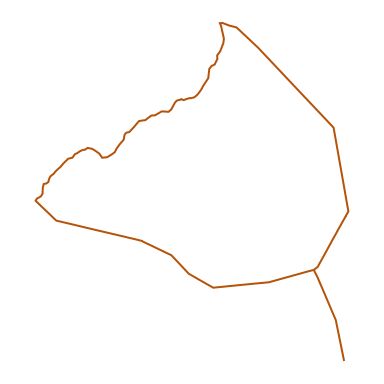 Shendi, River Nile, Sudan (Equal Earth projection)
{"feature_id": "16777658B52401836398535", "entity_name": "Shendi", "entity_type": "district", "adm_level": 2, "iso_a3": "SDN", "parent_name": "Sudan", "parent_adm1": "River Nile", "projection": "equal_earth", "projection_center": [33.672, 16.371], "detail": "fine", "context": "isolated", "style": "outline", "palette": "amber", "viewbox_px": 384, "rotation_deg": 0, "n_neighbors": 0, "source": "geoboundaries", "source_scale": "gbopen_adm2", "svg_char_len": 2859}
<svg xmlns="http://www.w3.org/2000/svg" viewBox="0 0 384 384"><path d="M219.9,23.2L221.0,25.7L223.3,35.9L223.9,38.8L223.6,41.1L223.2,43.9L222.6,44.8L222.4,45.6L220.2,51.3L217.9,54.4L217.2,55.3L217.3,59.2L216.7,60.3L214.6,64.6L211.6,65.9L209.3,68.9L208.6,74.9L208.3,78.1L203.5,85.4L203.0,86.2L201.9,88.5L199.4,92.2L198.6,93.1L196.9,95.2L196.0,95.9L195.1,96.7L194.1,97.4L191.2,98.1L189.3,98.2L186.6,99.0L183.6,100.1L181.2,99.1L180.3,99.8L178.5,100.1L177.7,100.3L176.6,100.8L174.9,102.7L171.4,109.2L170.5,110.2L169.8,110.7L168.5,111.8L167.6,111.8L166.0,111.6L161.7,111.4L159.8,112.5L157.8,113.7L156.7,114.3L155.2,115.2L154.6,115.4L153.0,115.4L151.3,115.6L146.6,119.1L145.2,120.2L142.4,120.5L139.0,121.1L136.4,124.1L134.0,127.0L129.2,132.1L126.5,132.6L125.4,133.6L124.6,134.7L123.7,139.6L122.8,140.7L119.6,144.4L116.7,148.5L114.7,152.3L110.8,155.0L108.3,156.5L106.8,157.3L105.4,157.4L102.6,157.7L102.0,157.6L101.0,156.0L99.3,153.6L94.5,150.2L92.1,148.8L89.5,148.3L87.6,147.9L85.2,149.6L83.7,149.8L82.4,150.1L80.6,150.9L78.2,152.4L76.9,153.4L75.3,153.9L74.6,154.6L72.4,157.7L68.2,158.7L63.3,163.5L60.5,166.9L57.5,169.5L54.9,172.1L53.9,173.6L50.3,176.4L48.9,179.5L48.4,182.0L46.2,183.5L43.7,184.0L42.8,187.8L42.5,193.9L40.7,196.5L36.8,198.7L35.6,200.8L36.0,201.2L36.2,201.3L36.3,201.5L37.3,202.4L37.4,202.5L37.5,202.6L37.8,202.8L38.5,203.6L39.5,204.5L40.0,205.0L42.1,207.1L43.3,208.2L51.2,215.7L53.0,217.5L53.6,218.1L56.3,220.6L60.1,221.5L73.7,224.7L95.0,229.8L103.6,231.8L132.9,238.7L138.3,240.0L140.1,240.5L142.1,240.9L142.5,241.3L142.9,241.6L143.1,241.7L143.8,242.0L144.2,242.2L147.2,243.7L149.7,244.8L152.8,246.3L157.1,248.4L171.3,255.2L175.3,259.4L184.9,269.6L188.7,273.7L198.6,279.4L213.2,287.7L245.6,284.5L250.8,284.0L252.6,283.8L268.7,282.3L270.5,281.8L272.1,281.4L274.2,280.8L277.7,279.8L287.9,277.0L308.0,271.4L313.8,269.9L317.0,276.2L317.5,277.3L317.8,277.9L322.3,288.4L330.8,308.4L335.8,320.1L344.1,361.0L338.9,335.4L335.8,320.1L330.8,308.4L322.3,288.4L321.7,287.0L319.5,282.0L317.8,277.9L317.5,277.3L317.0,276.2L313.8,269.9L314.3,269.5L317.7,266.9L319.6,263.4L324.7,254.2L325.7,252.4L331.4,241.9L333.0,238.9L334.6,236.1L335.8,234.0L337.2,231.4L337.3,231.3L337.3,231.1L338.0,229.9L339.1,228.0L339.3,227.5L339.9,226.6L340.3,225.9L340.7,225.1L340.8,225.0L341.8,223.1L342.7,221.5L342.8,221.4L343.5,220.2L343.6,219.9L343.8,219.6L344.0,219.3L344.2,218.9L344.6,218.2L345.0,217.5L345.1,217.3L345.3,216.9L345.4,216.7L345.6,216.5L345.6,216.4L345.8,216.1L345.9,215.8L346.0,215.8L346.0,215.6L346.2,215.3L346.3,215.1L346.7,214.4L346.9,214.0L347.0,213.9L347.1,213.7L347.3,213.3L347.4,213.2L347.5,213.0L347.6,212.8L347.7,212.7L347.8,212.6L348.0,212.1L348.1,211.9L348.3,211.7L348.4,211.4L347.9,208.7L343.5,183.7L333.6,127.7L327.8,121.5L294.4,86.2L289.4,80.9L258.2,47.8L236.5,27.4L229.3,25.6L222.6,23.0L219.9,23.2Z" fill="none" stroke="#b45309" stroke-width="2"/></svg>